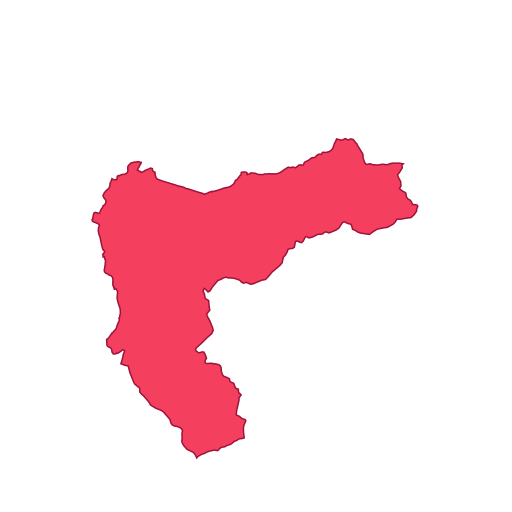 Obreja, Caras-Severin, Romania, rotated 57°
{"feature_id": "2599482B72283676836443", "entity_name": "Obreja", "entity_type": "district", "adm_level": 2, "iso_a3": "ROU", "parent_name": "Romania", "parent_adm1": "Caras-Severin", "projection": "mercator", "projection_center": [22.258, 45.515], "detail": "fine", "context": "isolated", "style": "filled", "palette": "rose", "viewbox_px": 512, "rotation_deg": 57, "n_neighbors": 0, "source": "geoboundaries", "source_scale": "gbopen_adm2", "svg_char_len": 6143}
<svg xmlns="http://www.w3.org/2000/svg" viewBox="0 0 512 512"><g transform="rotate(57 256 256)"><path d="M393.1,415.7L392.5,413.9L392.7,409.8L393.5,406.8L393.7,403.8L394.7,400.2L396.1,396.7L398.2,394.4L398.3,393.2L397.8,391.8L397.6,390.2L397.8,388.7L399.0,386.1L399.2,383.0L400.1,380.0L400.0,377.6L399.6,375.2L400.1,373.2L400.2,369.8L400.6,368.6L401.4,367.6L402.1,364.9L397.7,362.8L393.5,360.3L391.2,358.2L389.1,354.9L388.3,354.1L387.0,354.3L385.4,355.8L383.3,356.8L381.7,357.1L378.6,359.1L376.6,357.7L375.1,356.4L367.7,348.8L366.0,347.7L365.3,346.6L364.5,344.2L363.5,344.2L362.1,344.7L360.7,344.8L358.0,343.3L356.8,344.4L355.4,345.1L350.7,344.0L347.3,346.2L346.0,345.8L344.8,345.1L342.8,346.0L339.3,348.5L337.1,348.8L333.8,347.8L330.7,346.1L328.8,345.7L326.8,346.4L323.9,349.3L321.1,352.6L319.6,355.6L318.4,356.5L317.2,356.7L315.7,355.1L314.8,353.2L311.6,352.4L308.3,352.0L307.1,353.3L306.4,355.9L305.5,357.1L304.2,357.4L302.9,357.9L301.3,357.6L300.6,356.2L299.4,348.7L297.8,341.3L297.0,335.4L295.1,332.4L292.6,331.5L285.6,330.1L279.6,329.6L278.2,329.2L277.3,327.7L276.3,324.3L271.9,322.3L267.6,320.0L264.0,321.7L259.9,320.0L256.2,319.3L255.0,317.0L257.5,316.2L260.1,315.8L260.2,313.6L258.0,308.8L255.8,301.2L256.5,298.1L256.6,295.6L257.2,293.1L259.3,291.1L261.8,287.6L264.3,285.2L267.7,282.7L270.1,282.4L272.0,281.3L272.6,278.9L274.1,277.6L276.6,276.1L277.7,273.9L279.5,264.2L280.9,260.8L279.8,256.1L278.3,251.6L276.9,241.1L275.9,237.7L271.9,233.8L271.4,231.2L270.2,228.7L269.2,227.1L267.9,225.8L268.2,223.9L269.6,221.2L269.5,219.0L265.3,215.0L265.8,213.3L267.8,212.1L269.6,210.6L269.3,208.5L266.9,204.3L267.1,203.2L269.7,201.7L269.9,201.3L270.9,198.1L271.6,191.9L272.8,190.4L273.8,187.8L273.4,186.2L273.7,184.4L276.5,182.1L277.8,175.0L277.8,171.5L275.1,165.4L275.4,163.3L278.5,161.5L281.1,159.1L283.7,159.6L286.2,160.5L288.3,158.9L290.8,157.9L293.5,156.1L299.7,149.1L299.4,144.4L299.5,139.8L301.4,134.9L303.5,130.2L304.0,123.7L303.3,120.6L301.8,117.9L304.1,114.3L306.0,109.6L308.2,105.1L307.5,100.9L305.8,96.8L304.3,95.9L302.4,93.2L301.0,93.2L299.4,94.8L298.0,96.7L295.0,96.1L292.8,96.4L291.4,97.4L288.3,97.7L285.0,96.1L283.8,96.4L280.7,98.1L277.5,98.9L276.2,96.2L272.2,94.1L267.8,93.8L265.0,93.1L263.9,89.8L261.8,85.4L259.1,84.0L258.9,82.3L256.3,85.1L252.7,90.5L251.6,93.1L251.1,95.6L250.6,96.7L247.8,100.1L246.4,103.6L245.5,105.1L243.0,108.4L240.9,110.0L240.3,111.1L239.9,112.6L239.0,113.6L237.8,114.0L235.1,113.6L231.9,112.7L229.3,111.1L228.0,110.8L218.3,110.6L216.9,110.3L215.0,110.8L212.5,110.8L211.5,111.0L210.2,111.8L209.2,113.3L209.0,115.2L208.5,115.9L206.3,117.0L206.1,117.3L205.8,120.3L205.3,121.3L201.7,124.7L202.9,126.3L204.4,129.0L207.1,132.4L207.9,133.8L208.3,135.6L208.3,137.8L207.3,140.8L205.3,143.7L206.2,145.8L205.9,146.5L205.0,147.5L204.7,148.7L204.8,150.8L205.3,152.4L205.3,153.4L204.1,155.3L204.0,156.3L204.3,160.1L203.8,163.6L204.1,164.9L205.4,166.6L205.4,167.2L203.6,169.3L203.0,171.0L203.4,172.0L203.5,174.2L203.2,175.3L201.4,176.6L200.8,178.8L199.1,180.5L198.9,181.8L199.2,183.9L198.8,184.8L199.1,186.7L199.1,190.7L198.7,192.8L197.7,195.0L194.6,199.8L194.0,200.2L193.6,201.4L191.9,204.1L191.6,205.6L189.4,209.0L188.2,210.3L186.4,211.4L183.8,214.6L183.5,215.1L183.6,217.3L183.2,217.9L183.0,219.0L181.5,218.2L180.4,218.6L179.0,220.3L178.2,221.7L177.9,222.5L178.0,223.0L179.8,224.3L179.8,225.7L180.2,226.4L181.6,230.3L181.3,232.0L182.5,233.6L183.5,236.0L183.7,239.1L183.4,241.3L181.6,245.8L180.2,251.8L178.9,255.8L178.3,257.1L178.5,257.6L178.1,258.1L177.6,258.1L177.5,259.4L176.9,260.7L177.0,261.5L176.7,263.2L176.5,264.1L176.2,264.4L176.3,265.5L175.7,266.1L174.7,266.4L171.1,269.6L165.0,274.5L162.2,276.8L162.0,277.5L159.1,279.1L156.0,281.9L156.2,282.0L152.3,285.1L142.1,293.7L137.8,296.9L136.0,297.1L135.3,297.0L132.9,296.3L132.1,295.9L131.9,295.6L130.5,295.1L130.2,295.5L128.7,296.2L127.4,295.9L126.3,295.3L124.7,296.7L124.7,297.9L123.8,302.4L123.9,304.4L123.6,306.5L122.2,306.8L121.7,307.7L119.9,308.1L119.5,308.7L118.3,307.4L117.9,306.0L117.1,305.0L116.2,302.9L115.8,303.0L115.3,301.4L115.0,301.2L114.2,302.2L113.0,303.0L111.0,307.0L109.9,310.0L110.6,313.6L111.1,314.6L112.6,315.9L113.4,316.2L115.5,317.6L116.1,319.4L116.0,321.3L115.8,321.9L114.7,323.7L114.4,325.0L114.5,326.6L113.8,327.0L113.5,328.6L113.7,329.0L115.0,330.1L116.0,331.2L114.7,333.7L112.7,334.7L114.5,337.0L115.7,339.0L117.2,340.0L119.3,342.8L119.3,344.7L119.6,346.1L120.3,348.7L121.8,351.2L122.4,351.6L123.8,351.8L127.3,351.6L128.9,352.3L130.0,353.6L130.7,355.5L130.5,356.3L130.6,356.9L131.1,357.4L132.0,359.0L132.2,359.9L133.4,361.9L134.8,363.6L134.7,364.5L132.0,366.9L131.6,368.0L131.7,368.4L132.2,369.2L135.8,372.7L136.3,373.8L138.0,374.2L143.2,370.7L144.9,370.6L146.7,372.9L149.4,374.8L152.6,376.0L154.6,376.3L163.0,379.6L166.7,380.8L168.1,380.9L168.6,380.5L169.9,380.5L170.7,382.0L170.7,382.6L171.1,383.0L171.1,383.6L172.8,384.2L173.4,384.8L173.7,384.2L173.7,383.7L173.9,383.5L174.2,383.9L176.8,384.5L176.8,384.3L178.3,385.0L180.5,386.8L181.3,387.0L181.6,387.8L184.0,389.7L184.7,390.7L186.7,391.7L188.5,391.4L190.3,390.2L192.0,389.6L193.5,388.3L195.4,388.0L196.5,388.2L198.0,388.9L201.2,391.2L203.2,392.2L204.6,391.9L204.8,392.0L204.6,392.2L205.0,392.5L206.8,392.9L207.5,391.2L210.5,391.5L215.7,395.5L219.7,397.0L226.6,398.8L230.7,401.3L230.8,401.7L233.0,403.8L233.7,405.0L234.3,404.9L235.7,405.8L237.3,408.6L240.7,412.8L241.5,415.0L241.4,415.7L241.6,416.3L242.4,418.0L242.1,418.5L242.2,418.9L244.4,424.1L244.6,425.1L244.6,426.7L249.3,429.4L250.2,429.7L251.7,429.3L253.8,428.0L255.4,427.9L258.6,429.2L260.2,428.8L260.5,429.0L261.7,426.7L261.5,426.1L261.8,426.0L262.4,424.1L262.3,420.8L261.9,418.9L263.9,417.7L266.7,421.5L267.9,422.3L272.8,428.0L276.0,425.7L278.6,423.1L285.2,425.3L292.8,426.8L297.2,427.5L302.5,425.8L304.1,425.7L305.8,427.1L306.9,427.6L309.7,427.2L312.4,426.4L319.1,425.5L321.6,425.4L323.4,425.7L328.9,423.1L333.4,419.9L336.0,418.6L346.0,417.2L349.9,418.3L351.8,418.3L354.0,417.2L355.7,415.3L357.7,413.7L359.5,412.8L360.1,412.7L362.4,412.7L364.4,414.7L369.1,417.5L370.3,418.7L371.6,419.4L372.8,419.7L375.3,419.9L380.5,419.2L386.6,415.5L389.9,415.2L393.1,415.7Z" fill="#f43f5e" stroke="#9f1239" stroke-width="1.5"/></g></svg>